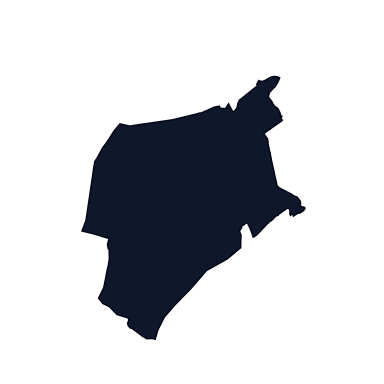 Epe, Gelderland, Netherlands (Equal Earth projection), rotated 324°
{"feature_id": "6326949B68676611805057", "entity_name": "Epe", "entity_type": "district", "adm_level": 2, "iso_a3": "NLD", "parent_name": "Netherlands", "parent_adm1": "Gelderland", "projection": "equal_earth", "projection_center": [5.999, 52.327], "detail": "fine", "context": "isolated", "style": "filled", "palette": "ink", "viewbox_px": 384, "rotation_deg": 324, "n_neighbors": 0, "source": "geoboundaries", "source_scale": "gbopen_adm2", "svg_char_len": 5623}
<svg xmlns="http://www.w3.org/2000/svg" viewBox="0 0 384 384"><g transform="rotate(324 192 192)"><path d="M266.5,272.1L267.5,272.5L267.8,272.5L268.5,272.6L269.4,272.3L270.2,272.5L270.7,272.6L271.8,272.4L272.2,272.3L273.4,271.8L273.8,271.6L273.9,271.4L273.9,270.7L273.6,270.0L273.6,269.9L273.4,269.7L273.0,269.5L272.8,269.4L272.2,268.7L272.0,268.3L271.9,268.1L271.8,267.8L271.8,267.5L271.9,266.7L271.9,266.4L272.1,265.8L272.3,265.7L272.5,265.4L273.2,265.0L273.3,264.8L273.7,264.2L273.8,263.4L273.9,263.1L274.0,262.9L274.2,262.5L274.2,262.3L274.1,260.9L274.1,258.3L274.1,258.1L273.9,257.8L273.2,256.7L272.4,255.6L272.1,254.8L271.4,252.8L271.1,252.0L270.8,251.5L270.3,250.5L269.9,249.7L269.0,247.9L268.4,246.7L268.0,246.0L265.0,239.9L264.9,239.5L264.8,239.1L264.6,237.7L264.6,237.3L264.7,236.4L264.8,235.9L265.2,235.2L265.8,234.0L268.8,227.0L269.9,224.5L270.5,223.3L270.5,223.2L271.9,220.0L273.5,216.3L274.7,213.5L275.7,211.5L276.7,209.2L278.4,205.9L278.6,205.2L278.8,204.5L279.0,204.0L279.4,203.0L280.4,200.8L280.8,199.9L281.6,198.1L282.3,197.0L282.5,196.9L282.6,196.7L283.9,194.3L284.2,193.7L284.3,193.5L284.3,191.3L284.4,190.3L284.4,188.0L284.5,187.5L284.5,186.8L288.4,186.9L289.9,186.9L290.6,186.9L291.9,186.9L292.0,187.0L292.1,186.8L292.2,187.0L292.3,187.0L292.3,186.9L295.8,187.0L296.8,187.0L307.0,187.2L307.3,186.3L307.4,186.0L307.4,185.9L307.3,185.7L307.4,185.2L307.5,184.9L307.8,184.4L308.3,183.9L308.9,183.5L309.1,183.5L308.9,183.1L307.8,182.5L307.5,182.2L307.4,181.9L307.8,181.7L309.0,181.6L309.2,181.2L309.4,180.5L309.6,180.0L309.7,179.3L309.9,178.8L309.8,178.5L309.8,178.4L310.4,176.2L310.2,176.2L310.4,174.7L310.3,174.2L310.2,173.6L309.8,172.7L309.6,171.9L309.2,171.8L309.1,171.3L309.2,170.8L309.2,170.1L309.3,169.8L309.3,169.2L309.3,168.8L309.3,168.3L309.2,168.3L308.8,168.1L309.4,167.2L309.6,166.8L309.7,166.6L309.7,164.7L309.6,164.4L309.6,164.0L309.7,163.5L309.7,163.2L309.7,162.8L309.6,161.5L309.6,159.9L310.2,159.4L310.8,158.8L311.0,158.6L311.2,158.4L311.8,158.3L311.7,157.4L317.3,156.2L318.2,156.0L318.9,155.9L321.7,155.4L324.2,154.4L327.8,152.5L330.0,151.2L329.6,150.4L329.4,149.9L328.8,149.2L328.6,148.8L327.9,148.2L327.5,147.8L326.8,147.2L326.1,146.7L325.5,146.4L324.7,146.0L323.9,145.7L323.1,145.5L322.3,145.3L320.3,145.0L317.3,144.8L316.5,144.7L315.3,144.4L314.8,144.2L314.0,143.9L313.3,143.4L312.9,143.1L312.6,142.8L312.0,142.0L311.7,141.5L311.5,141.1L307.7,142.9L307.8,143.2L308.1,143.7L308.3,143.9L308.1,144.0L308.3,144.4L307.5,144.6L306.8,144.5L303.1,144.7L301.3,144.8L301.1,144.8L299.8,144.9L296.1,145.1L294.2,145.1L292.1,145.3L287.2,145.5L284.5,145.6L284.4,145.6L283.9,145.6L283.6,146.0L283.4,146.3L283.4,146.5L281.9,147.0L281.5,147.1L281.3,147.2L280.7,147.8L279.3,149.0L279.2,149.2L279.0,149.6L278.8,149.8L278.7,149.9L278.5,150.0L278.0,150.1L277.2,150.5L276.6,150.8L276.0,151.0L275.4,151.2L274.8,151.3L274.3,151.4L273.8,151.6L272.4,151.8L272.3,150.0L272.3,149.3L272.7,146.9L272.8,145.9L273.1,143.8L273.4,142.2L271.2,143.0L270.5,143.2L270.2,143.4L269.3,143.8L268.0,144.2L265.0,141.7L263.8,140.5L264.6,138.7L261.4,137.1L260.6,136.8L259.5,136.4L245.8,133.5L244.8,132.8L244.8,132.7L244.7,132.7L243.0,132.1L242.9,132.0L242.4,131.9L242.0,131.8L241.4,131.6L241.1,131.4L235.5,129.1L230.9,127.2L218.7,122.2L217.6,121.6L210.4,117.8L190.7,107.4L180.4,102.1L173.8,94.6L167.6,96.1L164.4,97.0L163.6,97.3L155.3,100.6L153.8,101.1L152.3,101.7L150.6,102.2L149.2,102.7L148.5,102.9L145.7,103.7L144.2,104.4L139.2,106.9L136.2,108.3L131.5,110.2L131.1,110.4L129.9,111.6L129.5,112.0L128.0,113.4L123.0,118.5L122.4,119.2L115.9,125.8L109.3,132.6L100.7,141.3L93.8,148.4L90.6,151.6L89.7,152.6L89.3,152.9L80.1,158.9L86.6,166.5L95.6,178.3L97.6,180.9L96.5,181.8L93.2,184.5L92.7,185.0L92.5,185.3L91.0,188.5L91.6,188.7L91.7,188.8L91.7,189.0L88.9,193.1L86.0,197.4L82.5,200.8L81.6,201.8L77.4,205.4L76.1,206.6L72.0,210.5L64.3,217.6L54.0,223.0L54.3,229.6L55.1,231.2L57.7,236.0L58.1,238.4L59.1,245.7L59.3,247.0L66.3,256.3L66.1,257.4L65.5,258.4L65.3,258.6L65.1,258.9L64.9,259.1L64.2,259.4L63.8,259.7L63.2,260.1L62.8,260.5L62.5,261.0L62.4,261.2L62.2,261.9L61.9,263.1L61.9,264.1L62.0,264.7L62.4,266.0L63.1,266.9L63.4,267.3L64.8,271.9L66.3,276.5L66.8,278.4L67.5,280.6L68.5,282.0L68.8,283.6L70.0,284.7L71.2,285.4L72.0,286.0L72.7,286.5L73.9,287.3L74.5,288.0L75.2,289.0L75.7,289.5L76.2,289.0L76.8,288.6L77.3,288.2L78.2,287.4L79.4,286.5L80.1,286.1L80.4,285.8L80.9,285.3L81.7,284.7L82.8,283.9L84.7,282.8L96.1,276.9L112.8,273.1L134.7,269.4L142.2,267.6L151.7,265.4L157.6,264.0L163.8,264.8L174.2,266.0L178.2,266.5L181.2,266.8L187.9,266.4L189.4,266.2L189.4,266.3L190.1,266.3L190.1,266.2L193.6,265.9L198.6,265.7L201.5,261.8L206.5,255.4L206.5,255.2L206.5,254.9L206.4,254.9L206.5,254.7L207.3,252.0L207.6,251.2L208.7,251.0L208.6,250.6L211.1,250.1L211.5,248.6L212.1,248.8L213.8,248.9L214.7,249.1L215.2,249.0L216.0,248.9L216.7,248.9L217.6,248.8L218.5,249.6L218.7,250.2L218.7,250.5L218.4,251.2L218.2,252.1L217.7,255.1L217.4,256.5L216.2,260.8L215.0,264.5L216.0,264.7L219.8,264.7L226.0,263.5L233.1,262.2L234.6,261.8L235.1,261.9L235.5,262.0L235.9,261.8L236.4,261.5L236.8,261.5L236.9,261.4L237.0,261.4L238.1,261.7L238.9,261.7L239.4,261.7L240.9,261.6L241.6,261.5L242.4,261.4L243.9,261.0L244.6,260.8L245.7,260.8L248.1,261.4L248.2,261.1L248.4,261.0L248.5,260.9L251.2,261.0L254.2,261.0L254.4,261.0L257.4,261.1L257.7,261.0L258.2,260.8L258.3,260.7L258.7,260.8L258.8,260.9L259.0,261.1L259.9,261.4L260.9,262.9L260.0,265.0L259.5,265.8L259.6,266.1L259.6,266.3L259.4,266.4L259.2,266.5L258.4,266.9L258.0,268.7L260.7,268.8L260.2,270.3L259.9,271.1L260.6,271.1L264.4,271.3L265.8,271.7L266.6,272.0L266.5,272.1Z" fill="#0f172a" stroke="#020617" stroke-width="1.5"/></g></svg>